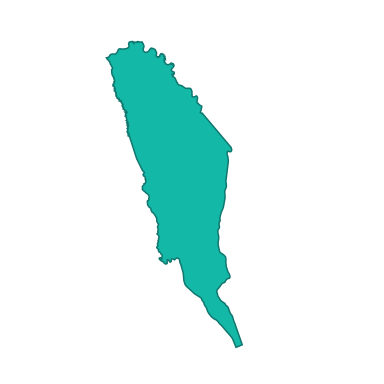 Olaya Herrera (Bocas De Satinga), Nariño, Colombia (Natural Earth projection), rotated 164°
{"feature_id": "7082276B29400931083820", "entity_name": "Olaya Herrera (Bocas De Satinga)", "entity_type": "district", "adm_level": 2, "iso_a3": "COL", "parent_name": "Colombia", "parent_adm1": "Nariño", "projection": "natural_earth1", "projection_center": [-78.261, 2.338], "detail": "fine", "context": "isolated", "style": "filled", "palette": "teal", "viewbox_px": 384, "rotation_deg": 164, "n_neighbors": 0, "source": "geoboundaries", "source_scale": "gbopen_adm2", "svg_char_len": 6094}
<svg xmlns="http://www.w3.org/2000/svg" viewBox="0 0 384 384"><g transform="rotate(164 192 192)"><path d="M237.3,344.6L236.8,342.8L236.0,341.8L235.8,340.9L235.3,340.1L235.2,337.1L234.8,336.3L234.8,335.5L234.3,334.2L234.4,333.5L234.2,333.0L234.7,332.1L235.5,331.9L236.3,328.6L236.2,327.6L236.5,327.2L236.2,325.3L236.0,324.4L235.4,323.7L236.0,322.6L235.7,321.8L235.9,319.6L236.2,319.6L236.3,319.3L236.6,319.3L236.6,318.7L236.9,318.7L237.1,318.0L237.8,317.5L237.7,316.6L238.2,316.8L238.1,316.2L238.5,316.1L238.4,315.6L238.6,315.5L237.4,313.7L237.8,312.8L237.5,312.8L237.5,312.3L237.8,312.4L237.7,312.1L238.2,312.1L237.8,311.3L238.2,310.5L238.4,310.5L238.1,310.2L238.3,309.8L237.7,309.0L237.6,308.6L237.9,308.5L237.6,308.0L238.0,307.7L237.8,307.1L238.1,306.2L238.4,306.2L238.1,305.2L238.4,305.1L238.1,304.8L238.2,303.5L237.9,303.4L237.9,302.6L236.8,302.1L237.0,301.8L236.8,301.7L236.7,301.1L236.9,301.0L236.7,300.7L236.5,300.9L236.6,300.1L236.1,299.7L236.6,299.4L236.0,299.1L235.6,298.5L235.3,298.8L235.4,298.2L234.9,298.0L235.2,297.1L234.7,296.4L234.7,295.5L235.2,294.6L234.7,294.7L235.1,294.3L235.0,293.4L234.8,293.3L235.1,292.7L234.7,292.4L234.5,291.8L234.9,291.6L234.8,291.2L235.3,290.8L234.3,289.9L234.4,289.4L234.1,289.0L233.8,288.9L233.6,287.8L233.3,288.1L233.2,287.5L232.7,287.3L233.1,286.8L232.9,286.4L233.6,286.7L233.6,286.3L234.2,286.7L234.0,286.2L234.6,284.4L234.4,283.9L234.9,284.0L234.9,283.3L235.2,283.1L234.7,282.6L234.5,281.5L234.7,281.3L234.6,280.9L234.8,279.3L235.0,279.0L235.3,278.9L234.9,278.6L234.5,277.5L235.0,277.6L234.9,276.8L235.2,276.8L234.7,276.2L235.1,276.0L235.4,276.3L235.6,276.1L235.3,275.1L235.5,274.9L235.0,274.9L235.3,274.3L234.7,274.4L234.7,274.2L235.0,273.8L234.8,273.5L235.3,273.5L235.6,272.9L235.5,272.3L235.9,272.3L235.7,271.6L236.1,271.3L236.1,270.6L236.8,270.8L236.5,269.5L237.0,269.0L237.0,267.9L237.5,267.9L237.2,267.3L237.3,266.8L237.6,266.7L236.9,265.9L237.4,266.0L237.3,265.6L237.7,264.6L237.4,264.2L237.4,263.7L237.8,263.5L237.1,262.8L237.3,262.3L236.8,262.9L236.0,239.3L233.9,227.6L233.6,227.1L233.7,226.3L232.5,224.2L232.8,223.4L234.1,222.5L234.3,221.8L233.9,221.2L234.1,220.8L233.1,219.9L232.8,219.0L233.5,217.5L233.0,216.6L233.5,215.9L233.4,215.3L233.9,213.9L234.6,213.3L235.8,213.3L236.1,212.2L237.0,211.9L238.2,210.9L239.0,208.1L238.0,206.2L237.2,205.5L236.9,204.4L235.1,202.1L234.5,200.5L234.4,199.3L234.6,198.6L235.4,197.8L235.6,196.3L236.0,196.0L237.1,195.9L237.6,195.2L238.2,191.7L237.3,189.0L236.1,187.8L236.4,186.0L235.9,183.4L234.9,182.5L233.7,178.9L233.7,178.1L233.1,177.3L233.9,173.3L233.6,171.7L232.9,170.2L233.9,169.2L234.7,168.1L235.0,167.0L234.7,166.3L234.8,165.1L235.7,164.0L235.6,162.5L237.2,161.4L236.0,159.2L236.2,157.7L237.0,156.4L237.2,155.5L238.1,154.6L237.9,153.6L238.7,153.0L239.4,151.7L239.7,151.0L239.5,149.9L240.9,148.9L241.2,148.3L240.9,147.3L240.0,146.2L240.4,145.2L240.3,143.7L239.0,142.2L238.9,140.9L238.2,139.8L238.2,138.9L239.0,137.5L239.5,135.9L239.9,136.2L240.4,137.4L240.8,137.7L241.7,137.4L241.9,136.4L240.4,134.1L238.7,132.5L238.3,131.2L237.9,130.6L236.8,129.9L236.0,130.0L235.4,130.4L234.9,132.9L234.3,133.7L233.5,133.4L232.7,131.0L232.2,130.6L231.2,130.9L230.7,132.4L229.8,133.3L229.2,133.1L227.4,131.6L225.4,132.7L224.0,132.6L222.7,130.9L223.0,127.4L222.7,124.8L222.8,116.4L224.2,109.1L224.2,105.5L223.6,103.3L217.7,93.6L212.4,87.6L212.2,85.3L211.2,82.7L211.1,79.7L210.1,76.8L209.9,72.9L209.2,70.2L207.8,66.8L205.9,64.1L204.3,62.7L203.0,60.8L201.6,57.3L200.8,56.3L194.0,41.5L193.5,39.8L192.5,30.5L185.8,31.3L187.1,54.2L187.4,56.5L187.4,60.8L187.6,62.4L188.4,64.3L188.8,66.2L189.0,70.7L189.6,72.5L190.6,73.6L191.1,75.8L193.8,79.0L194.6,80.5L194.9,82.1L195.8,84.6L195.6,89.5L194.9,91.0L192.3,92.6L188.3,95.8L185.5,96.1L183.0,98.4L181.9,98.8L179.9,98.8L178.9,99.6L178.7,102.2L179.5,105.8L179.6,110.9L179.0,114.5L177.8,118.4L177.7,120.7L178.9,122.9L181.6,126.1L181.8,126.6L181.8,128.9L181.4,134.0L180.8,136.3L178.9,140.5L178.5,142.9L178.4,144.9L177.8,147.7L176.8,149.2L175.7,149.8L175.2,151.0L174.8,154.0L174.3,154.7L174.2,155.6L173.2,156.1L172.7,157.0L172.6,158.5L171.8,160.5L169.7,164.0L166.1,168.6L161.8,177.3L160.3,183.8L157.6,187.4L156.8,190.2L156.6,192.7L148.6,211.5L147.8,216.0L147.9,218.4L147.7,219.4L146.8,221.1L145.8,221.1L144.3,220.1L143.2,220.2L142.2,221.4L142.1,224.0L160.4,264.8L160.7,264.6L161.1,265.3L162.1,265.9L162.1,266.3L160.7,268.2L160.1,269.7L159.2,270.8L159.1,272.0L160.8,273.6L162.5,277.1L160.8,280.7L160.6,281.7L161.0,282.8L161.4,283.2L163.7,282.7L165.4,283.5L165.4,284.6L164.3,288.8L164.5,291.1L165.4,292.3L169.6,293.4L172.6,297.1L175.3,298.7L176.0,299.9L175.9,301.0L176.5,301.9L176.4,302.8L177.0,306.4L178.0,307.7L178.6,308.2L178.8,309.2L178.5,310.8L177.7,310.7L177.4,309.8L176.5,310.6L176.1,312.0L176.3,312.4L177.6,313.1L178.2,313.9L178.0,314.3L178.3,314.8L178.0,315.6L175.0,317.6L174.4,318.5L174.5,319.8L174.7,320.4L176.2,321.6L176.4,321.5L176.3,320.5L176.9,321.3L177.1,320.9L177.7,321.2L178.8,320.9L180.3,321.0L181.7,322.1L181.9,323.1L182.8,325.0L182.4,325.2L182.4,326.2L181.8,326.3L182.1,326.8L182.1,327.2L181.3,326.8L181.5,327.6L180.8,327.7L181.3,329.2L180.9,329.1L180.6,329.9L181.0,330.2L181.4,329.6L181.6,329.8L181.2,330.8L181.3,332.1L182.0,332.2L182.2,332.6L182.5,332.6L182.7,333.2L183.2,332.8L184.0,333.4L185.2,332.3L185.4,331.5L185.9,331.5L186.3,331.0L186.8,331.3L187.4,330.8L187.6,331.4L187.9,331.3L188.3,331.8L188.7,331.9L188.7,333.5L187.9,334.7L187.6,336.1L188.0,337.5L188.0,338.5L188.2,339.1L189.2,340.1L190.0,340.8L190.6,340.8L191.0,341.3L191.4,341.1L191.8,341.5L192.2,341.5L194.6,339.6L196.2,338.9L198.0,339.0L199.0,339.5L199.7,341.1L199.6,343.1L199.0,343.6L198.0,345.2L197.9,345.8L198.2,348.6L198.7,349.2L198.6,350.0L199.2,350.2L199.8,350.0L201.9,351.3L203.1,351.6L203.2,350.9L205.7,351.9L206.4,351.4L207.0,352.4L207.2,351.5L207.6,352.5L208.8,353.3L210.1,353.5L210.5,353.2L211.2,353.2L212.1,351.9L212.1,350.8L212.5,349.3L213.0,348.6L213.7,348.3L215.2,347.9L218.6,348.3L222.1,349.6L222.7,349.6L223.9,348.8L225.4,346.9L227.7,345.7L230.4,346.6L232.0,346.7L233.2,346.1L233.9,345.4L235.2,344.5L237.3,344.6Z" fill="#14b8a6" stroke="#0f766e" stroke-width="1.5"/></g></svg>